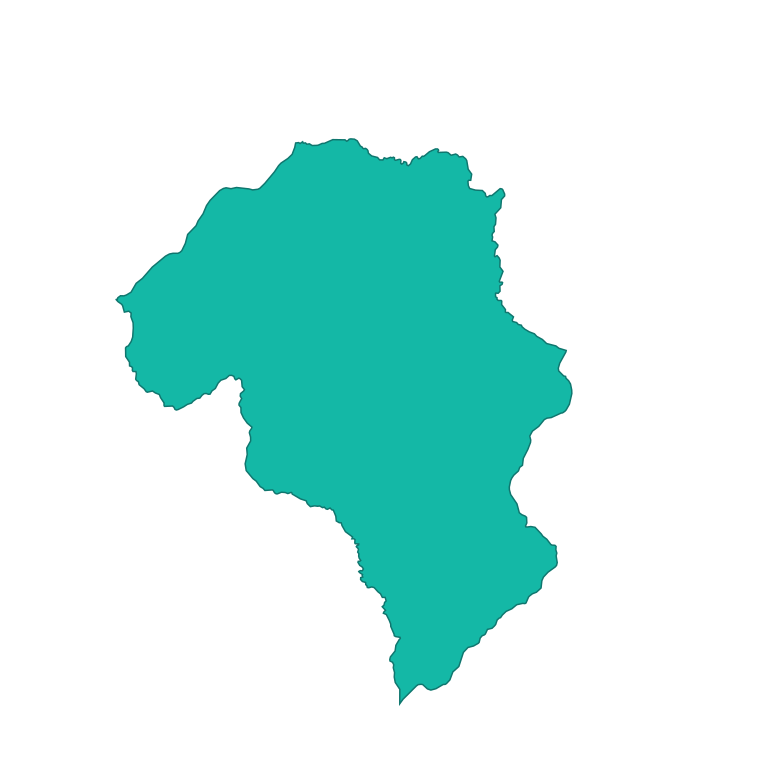 Pácora, Caldas, Colombia, rotated 43°
{"feature_id": "7082276B78665343411960", "entity_name": "Pácora", "entity_type": "district", "adm_level": 2, "iso_a3": "COL", "parent_name": "Colombia", "parent_adm1": "Caldas", "projection": "robinson", "projection_center": [-75.464, 5.501], "detail": "fine", "context": "isolated", "style": "filled", "palette": "teal", "viewbox_px": 768, "rotation_deg": 43, "n_neighbors": 0, "source": "geoboundaries", "source_scale": "gbopen_adm2", "svg_char_len": 6170}
<svg xmlns="http://www.w3.org/2000/svg" viewBox="0 0 768 768"><g transform="rotate(43 384 384)"><path d="M155.0,268.0L157.4,271.9L160.2,278.7L159.9,284.6L158.0,292.7L158.0,296.1L159.2,303.6L160.0,318.6L159.7,325.5L159.0,327.5L155.6,331.6L152.2,333.4L142.1,340.9L138.9,345.5L134.7,348.2L133.2,350.5L131.9,354.7L131.6,368.3L132.5,374.5L135.6,382.9L136.8,391.4L138.6,396.4L138.4,408.5L142.8,416.6L145.2,424.4L145.0,426.9L144.2,428.9L140.6,432.2L138.4,435.3L137.0,439.5L134.8,456.5L135.3,471.5L134.1,479.4L136.4,489.4L134.9,494.6L133.6,497.0L131.1,499.2L130.5,502.4L131.4,504.3L130.0,504.9L133.3,505.2L137.7,504.6L139.4,505.0L145.1,508.5L147.7,504.8L150.7,504.6L153.0,507.4L158.7,510.3L162.5,514.1L168.2,521.1L170.1,525.3L170.7,528.6L171.0,530.5L170.2,532.4L170.4,533.9L176.4,540.1L182.9,541.6L185.6,544.3L187.5,543.5L189.0,543.7L190.7,545.7L191.9,546.0L194.1,544.1L195.9,545.4L199.1,549.8L200.6,550.2L202.7,549.8L205.4,551.5L211.8,551.1L215.3,551.8L216.5,551.4L219.5,547.0L222.9,546.5L226.8,544.9L230.0,546.4L235.9,547.8L238.0,549.9L238.8,550.0L244.4,544.3L246.5,544.3L248.4,545.1L249.8,544.7L250.8,543.2L253.0,537.4L254.1,533.0L256.2,529.2L256.1,526.9L257.0,522.2L258.9,519.9L258.6,516.3L259.0,513.8L260.4,512.2L262.5,511.3L263.7,510.1L262.9,506.3L263.7,502.3L262.1,496.5L262.1,492.5L264.6,487.8L265.0,483.2L266.8,481.5L269.0,480.8L271.4,482.0L272.8,482.0L273.8,478.8L274.7,478.3L277.3,478.4L282.1,482.7L285.8,483.3L286.1,484.9L285.6,488.9L287.1,490.9L289.8,491.7L291.2,496.9L292.3,498.3L295.4,498.8L298.9,502.4L304.3,504.6L310.8,505.9L316.8,505.6L317.4,506.7L317.9,510.0L318.8,511.5L322.6,513.8L325.3,516.6L327.3,524.5L332.1,528.9L336.9,537.1L342.3,541.3L352.6,542.6L356.8,542.2L363.4,543.5L366.8,542.8L369.5,543.1L374.6,537.6L375.6,537.4L378.2,538.2L380.0,537.9L381.0,537.0L382.8,533.1L385.8,530.7L388.4,529.7L390.0,526.6L390.9,526.5L392.0,527.1L401.3,525.0L406.7,522.5L409.5,523.8L413.8,523.9L416.3,520.5L418.9,518.6L420.1,517.1L423.4,516.3L424.3,514.8L426.8,514.9L428.1,514.2L429.1,511.5L431.7,511.6L433.0,510.8L439.0,513.6L442.5,516.7L445.8,516.0L447.4,514.7L449.9,516.2L456.5,518.3L465.3,517.3L466.1,519.1L467.4,517.8L468.8,517.5L471.1,520.2L471.9,520.4L474.6,518.2L475.2,519.0L474.5,520.7L474.7,521.9L477.4,522.0L478.3,522.6L479.4,524.9L481.4,525.3L482.8,527.1L484.6,528.3L487.3,528.9L487.2,530.0L486.1,531.3L486.6,532.2L490.0,533.2L492.6,532.7L495.1,533.3L495.5,535.4L493.9,536.7L493.4,538.3L494.6,538.6L498.3,538.0L498.7,539.0L500.1,539.7L499.0,541.5L500.3,543.0L502.9,543.2L505.9,541.7L507.5,543.2L509.0,543.2L510.6,544.2L511.8,543.4L513.5,540.7L515.7,539.6L521.4,540.1L524.5,539.8L528.3,541.2L530.4,539.3L533.5,541.2L533.4,543.3L534.8,545.7L534.6,548.1L539.4,548.5L539.4,551.0L539.9,552.1L542.9,551.0L549.1,553.3L552.6,555.0L554.3,556.7L561.8,560.0L563.2,561.1L564.7,560.8L568.6,558.3L569.5,559.0L569.4,560.4L570.9,567.0L574.2,571.7L574.8,579.2L576.1,581.5L577.3,582.5L580.0,581.7L582.6,582.7L584.3,585.2L588.5,587.8L591.3,591.3L595.8,594.6L603.8,596.5L613.6,607.1L612.9,601.6L613.6,582.8L614.0,580.6L615.9,578.3L617.3,577.4L623.7,577.4L627.0,575.9L629.8,571.4L632.2,563.4L633.6,561.9L634.0,560.5L634.0,555.5L630.7,547.6L631.4,539.6L625.1,526.1L625.1,519.4L628.2,514.5L629.8,509.3L629.8,508.1L627.6,504.2L627.5,501.1L628.5,499.0L628.6,497.7L627.0,492.9L629.6,489.0L629.8,486.1L629.7,483.8L627.7,479.4L627.9,476.6L628.6,475.4L628.1,472.2L628.4,467.0L630.8,461.2L631.6,454.9L635.1,449.8L636.8,448.5L637.2,447.3L635.0,441.2L635.0,439.8L635.6,436.2L637.5,432.3L638.0,426.1L633.6,420.2L632.3,416.4L632.3,409.7L634.0,401.0L633.9,399.0L632.5,396.5L627.1,392.3L625.7,389.8L622.8,388.1L620.6,385.4L619.0,385.4L616.8,387.2L615.5,387.6L608.9,386.5L604.0,387.0L601.3,386.4L592.2,385.8L588.6,388.1L586.2,391.0L585.0,391.8L584.3,391.2L583.2,388.2L579.2,384.3L577.5,384.3L573.9,385.6L570.8,385.9L563.0,381.0L552.1,378.5L547.8,375.8L545.9,373.9L542.5,368.3L541.6,365.5L541.1,362.2L541.6,355.9L540.1,352.4L540.7,349.0L536.6,343.4L533.8,333.7L531.0,326.8L529.5,324.9L526.1,322.7L524.7,317.2L526.1,309.4L525.5,300.7L526.5,297.8L529.2,294.5L533.3,284.6L534.3,283.3L534.9,280.7L534.9,278.8L533.4,272.4L527.9,262.9L525.4,260.4L520.4,256.8L516.7,255.7L513.2,255.7L511.6,254.6L509.9,255.6L502.9,255.3L500.7,253.6L498.3,248.9L495.2,236.6L494.4,235.2L487.5,238.6L483.8,238.9L475.3,243.5L469.5,243.4L463.2,245.0L459.8,244.7L454.6,246.8L449.5,247.9L445.9,248.0L444.4,247.3L441.6,248.9L439.1,248.6L435.5,250.5L434.2,249.8L432.9,246.6L425.9,247.1L424.6,248.4L423.7,248.6L422.0,246.7L415.9,245.7L413.6,243.1L412.8,243.0L410.5,245.0L408.9,245.0L407.8,243.8L406.1,244.1L403.8,241.7L403.8,241.2L405.6,239.8L405.6,237.0L401.8,233.2L402.4,230.6L401.6,229.0L400.9,229.0L399.1,230.6L398.2,230.2L394.2,220.4L388.9,219.4L384.5,214.3L382.3,213.3L379.2,213.0L378.4,215.2L377.5,215.1L373.8,209.9L373.6,206.3L372.6,204.7L368.3,204.3L365.3,205.6L363.2,202.4L361.6,201.6L360.7,200.0L360.6,197.3L357.1,194.0L356.6,191.1L352.6,186.1L349.3,184.2L349.2,175.5L344.1,169.0L344.0,164.2L342.7,162.8L338.3,160.9L337.2,160.9L335.7,161.9L334.4,172.6L332.8,174.0L332.3,176.3L331.4,177.1L330.1,177.0L328.0,175.5L324.0,175.4L318.7,179.8L313.3,182.6L310.4,181.4L307.1,178.5L307.1,177.1L308.5,175.9L305.0,170.7L299.1,169.5L292.2,164.2L290.1,163.6L286.4,163.8L284.1,166.7L281.6,166.4L279.6,166.9L277.1,170.9L273.0,171.1L271.4,172.0L265.8,177.6L264.9,177.4L264.6,175.9L263.9,175.5L262.8,175.6L261.3,177.0L258.8,183.2L258.1,189.0L257.7,190.5L256.6,191.3L256.6,194.5L255.5,195.9L253.1,195.3L252.2,196.5L251.8,200.6L253.3,205.0L252.9,207.8L251.3,208.2L249.9,206.9L248.6,206.8L246.9,207.8L247.5,209.6L246.9,211.1L245.7,211.2L243.8,208.9L242.8,208.7L241.9,209.3L239.9,212.5L238.7,212.8L237.3,211.4L236.2,211.7L235.6,213.1L234.2,213.7L232.4,217.3L229.9,218.4L230.4,220.9L227.9,223.1L224.8,222.7L219.5,225.6L216.6,225.8L215.2,225.8L213.1,224.3L211.7,224.0L209.9,224.2L208.6,225.8L207.6,226.0L206.3,225.6L204.5,226.1L198.6,224.4L195.4,225.1L192.5,227.4L191.6,228.7L191.6,230.6L191.1,231.9L189.0,232.0L179.9,240.2L176.3,248.6L174.7,250.2L173.0,254.2L172.1,255.3L168.8,258.6L165.7,259.2L164.0,261.3L162.2,261.2L160.7,262.9L159.3,262.3L158.6,265.4L157.0,265.6L155.0,268.0Z" fill="#14b8a6" stroke="#0f766e" stroke-width="1.5"/></g></svg>